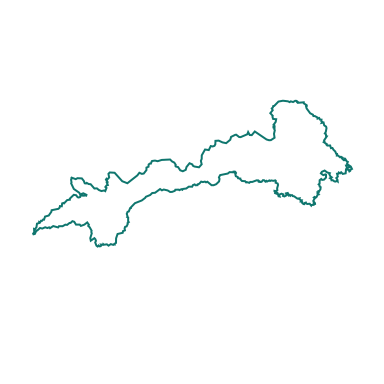 the district of Tulcan, Carchi, Ecuador, rotated 136°
{"feature_id": "8360857B85617002422218", "entity_name": "Tulcan", "entity_type": "district", "adm_level": 2, "iso_a3": "ECU", "parent_name": "Ecuador", "parent_adm1": "Carchi", "projection": "robinson", "projection_center": [-78.021, 0.901], "detail": "fine", "context": "isolated", "style": "outline", "palette": "teal", "viewbox_px": 384, "rotation_deg": 136, "n_neighbors": 0, "source": "geoboundaries", "source_scale": "gbopen_adm2", "svg_char_len": 6009}
<svg xmlns="http://www.w3.org/2000/svg" viewBox="0 0 384 384"><g transform="rotate(136 192 192)"><path d="M237.6,263.2L239.5,263.1L241.5,260.0L244.3,259.8L244.3,260.9L245.3,260.7L245.8,257.7L246.4,257.4L246.8,257.8L247.7,255.5L248.7,256.1L250.8,255.8L250.7,254.3L253.8,252.9L254.1,254.1L256.5,255.6L257.6,258.1L257.9,260.7L259.8,262.3L259.5,268.0L260.8,269.5L261.4,271.7L262.3,271.7L263.1,272.8L262.1,275.2L261.8,278.3L264.8,281.5L266.7,282.0L269.0,286.7L268.9,285.3L270.5,284.8L272.0,282.6L272.9,282.2L274.9,276.3L273.6,269.7L274.2,267.9L271.1,266.6L269.9,263.3L270.6,262.9L271.3,264.3L271.7,264.0L272.6,264.7L274.6,267.0L275.9,266.1L277.3,266.7L277.9,267.7L277.6,270.2L279.0,272.1L284.5,272.1L285.2,271.3L287.4,272.9L291.9,272.7L291.9,273.3L293.3,274.0L295.6,272.2L296.8,273.6L298.1,272.7L299.8,272.7L305.6,276.4L306.9,275.5L311.4,274.6L314.8,276.4L317.6,274.9L318.1,275.6L320.1,275.5L320.6,276.2L322.3,275.7L322.7,276.6L323.4,275.8L325.5,276.9L328.4,274.7L331.0,274.4L331.3,275.1L333.4,272.7L335.2,272.4L335.4,271.7L334.2,271.0L330.6,272.4L330.1,271.8L326.3,271.7L325.1,269.7L322.1,268.6L321.1,266.6L319.3,265.8L319.3,264.6L315.5,263.9L312.9,259.5L311.4,259.8L308.9,257.3L305.8,256.5L304.7,255.1L301.6,254.8L300.8,254.1L298.3,254.1L297.4,252.4L298.1,249.1L295.4,246.5L295.5,244.8L292.1,243.3L288.5,242.9L288.9,240.1L290.2,239.7L290.1,237.7L291.1,233.9L292.2,233.2L292.8,231.9L297.2,229.5L298.6,227.3L294.3,226.6L294.3,225.2L295.0,223.6L296.7,222.9L298.0,219.8L297.8,218.4L296.3,218.4L296.4,217.3L295.4,216.5L293.9,216.6L293.8,217.2L292.6,215.8L292.1,216.1L292.0,214.6L291.8,215.1L289.6,213.5L289.3,211.4L286.6,210.9L285.4,208.7L284.6,208.7L284.1,207.9L283.4,208.5L282.0,208.2L278.8,211.4L274.7,213.5L270.2,210.8L268.8,211.8L266.9,211.0L265.7,212.7L264.3,213.4L262.9,212.7L260.5,213.6L260.0,214.4L258.4,214.3L258.4,215.2L255.7,217.9L256.0,219.0L255.4,219.1L254.1,221.6L252.1,222.5L251.0,221.9L247.7,223.4L247.1,222.9L246.5,223.4L240.8,223.6L234.0,220.8L229.8,220.3L228.5,220.6L224.2,218.9L221.3,218.9L219.1,217.1L212.9,216.3L212.5,214.1L210.6,213.4L208.4,210.0L207.7,207.2L206.2,205.9L203.6,204.8L202.4,205.2L199.9,202.9L199.8,202.1L197.7,201.4L197.4,200.3L196.4,200.5L193.7,198.5L190.6,198.1L188.2,195.7L186.5,196.3L184.8,195.6L184.8,194.4L183.3,193.1L182.6,193.6L181.1,192.9L178.2,193.1L177.3,191.6L175.5,190.5L175.2,189.2L173.8,188.7L173.2,183.3L171.8,181.9L169.2,180.8L165.2,180.8L163.1,182.3L162.5,183.8L160.0,184.6L153.4,180.4L151.2,180.2L148.7,177.6L148.1,177.9L147.3,177.2L147.7,176.4L146.9,176.2L147.1,175.1L148.7,174.4L149.5,172.9L148.7,171.0L149.3,169.9L147.9,168.1L148.4,167.6L148.4,165.2L146.3,162.9L146.4,161.3L145.8,161.2L144.4,158.8L143.1,158.8L141.7,157.4L137.4,155.5L136.3,154.3L136.7,153.6L136.2,153.1L136.7,152.8L135.9,151.7L134.9,151.0L132.7,151.2L131.9,150.2L132.0,148.5L130.8,148.4L130.8,147.4L128.3,146.6L128.2,145.7L127.0,145.3L125.7,143.5L124.0,142.5L124.0,141.7L125.4,140.6L124.5,138.6L125.2,137.3L128.1,135.6L129.4,134.0L131.4,134.6L131.9,135.5L132.2,135.2L132.4,133.7L133.0,133.4L132.3,131.9L131.3,132.6L131.2,131.6L132.7,128.8L132.1,127.9L131.6,129.1L130.5,129.3L128.8,128.6L127.9,126.8L129.3,126.0L128.6,124.6L126.2,123.9L125.3,125.7L123.8,124.8L124.7,122.1L123.7,122.0L123.8,121.0L123.1,121.1L122.1,120.0L122.4,119.1L121.5,117.9L120.8,114.0L119.1,112.8L119.8,112.5L119.3,110.6L120.2,109.9L119.2,109.5L120.1,109.0L119.7,108.3L120.3,107.7L120.2,105.9L119.7,105.3L118.7,105.9L117.4,105.3L117.8,104.4L117.4,103.3L115.5,101.8L115.7,99.4L115.0,99.6L113.5,98.3L112.4,99.3L112.5,98.3L111.8,97.9L111.3,98.5L111.0,101.3L108.1,102.2L108.2,103.4L107.2,103.3L106.9,102.0L105.9,101.9L103.4,102.8L102.7,102.4L102.8,103.7L101.9,104.7L101.1,103.8L100.4,104.8L99.7,104.3L97.8,104.7L96.1,106.1L96.4,107.2L95.6,108.3L95.6,109.5L94.3,109.5L92.0,111.8L90.0,111.6L90.0,110.3L88.5,109.2L85.6,109.3L83.6,111.3L83.8,112.0L85.8,112.9L86.1,114.2L86.3,115.9L84.5,116.3L81.7,115.3L81.1,112.0L79.8,109.8L80.8,109.5L81.6,107.0L81.3,105.6L83.1,106.0L82.8,104.4L83.5,103.5L82.5,102.6L82.2,100.7L81.4,99.7L80.1,99.5L79.9,98.4L78.8,99.9L78.5,101.8L76.4,101.8L75.0,104.3L74.3,103.6L72.9,104.1L72.6,102.6L71.0,102.6L71.0,100.3L68.5,98.7L65.5,101.3L63.9,99.1L64.5,97.5L63.5,97.3L62.2,98.0L60.9,97.5L60.1,100.0L60.5,101.9L61.7,100.6L63.8,101.5L62.8,104.0L61.7,103.1L60.9,104.6L59.0,105.4L59.4,106.6L58.7,109.6L59.1,110.1L60.2,109.0L60.7,109.4L60.8,111.9L59.9,112.3L60.4,113.9L61.4,114.1L61.6,116.8L62.5,117.6L61.2,118.7L61.7,119.5L60.8,121.6L60.9,124.1L60.4,126.1L61.6,127.0L60.3,129.5L62.4,131.4L62.4,132.6L61.8,132.8L62.6,136.4L61.5,136.4L61.1,137.4L56.3,138.4L56.7,139.1L55.5,140.6L55.8,141.8L54.0,142.3L50.9,144.5L50.1,145.9L50.6,148.1L49.1,150.6L50.5,151.5L49.5,151.7L49.9,152.9L48.6,154.1L49.6,155.1L49.1,156.9L50.7,157.6L50.0,158.5L50.9,161.3L51.9,162.3L51.3,163.6L52.3,166.5L51.5,172.5L50.4,174.5L49.6,174.2L49.2,174.8L50.0,178.1L49.3,178.9L54.0,182.7L54.0,183.4L53.3,183.3L53.5,184.9L54.4,185.9L56.8,186.5L58.0,188.6L59.3,188.8L60.0,190.6L63.2,194.5L67.0,197.0L73.1,196.8L73.8,197.4L75.2,196.6L76.6,196.7L77.1,194.8L80.9,194.3L81.0,190.7L81.9,190.2L82.9,188.2L80.9,185.9L83.1,184.3L86.6,183.7L86.3,183.0L87.0,181.9L88.2,182.3L88.7,181.7L88.2,180.6L89.2,180.0L89.5,178.9L92.6,176.9L94.9,173.7L99.2,174.5L100.6,175.7L101.9,178.0L104.8,191.9L109.5,191.4L110.9,192.9L110.0,196.1L112.1,195.1L118.9,197.7L119.9,198.8L120.4,202.5L121.2,203.1L125.6,204.5L128.2,203.0L133.5,203.4L135.6,206.5L137.1,210.4L139.6,212.5L142.1,210.1L143.8,209.6L145.5,210.4L146.6,212.0L150.8,210.5L153.1,213.5L159.5,211.6L162.0,209.1L164.0,208.2L165.8,205.2L169.8,204.9L172.6,208.7L173.1,210.3L172.6,211.6L173.8,214.4L178.6,213.8L181.1,212.3L184.2,213.3L185.4,215.8L184.7,219.6L185.9,221.5L185.8,222.3L184.8,222.9L184.3,225.5L185.1,227.7L185.2,230.6L191.5,236.1L195.3,238.0L196.8,240.3L198.7,241.7L199.4,242.1L201.9,241.0L202.7,241.8L204.1,241.9L205.7,240.4L207.8,241.2L209.6,239.4L213.9,238.8L215.5,239.9L216.5,242.4L219.8,241.9L232.4,243.2L234.7,248.2L234.3,259.6L237.6,263.2Z" fill="none" stroke="#0f766e" stroke-width="2"/></g></svg>